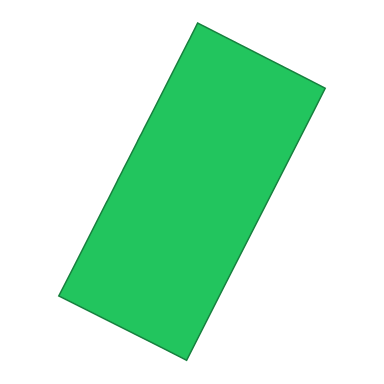 the district of Goshen, Wyoming, United States of America, rotated 207°
{"feature_id": "52423323B4869089026067", "entity_name": "Goshen", "entity_type": "district", "adm_level": 2, "iso_a3": "USA", "parent_name": "United States of America", "parent_adm1": "Wyoming", "projection": "robinson", "projection_center": [-104.151, 42.088], "detail": "fine", "context": "isolated", "style": "filled", "palette": "green", "viewbox_px": 384, "rotation_deg": 207, "n_neighbors": 0, "source": "geoboundaries", "source_scale": "gbopen_adm2", "svg_char_len": 646}
<svg xmlns="http://www.w3.org/2000/svg" viewBox="0 0 384 384"><g transform="rotate(207 192 192)"><path d="M120.3,319.2L120.4,344.9L134.8,345.0L244.9,345.1L263.7,345.1L263.6,336.9L263.6,330.7L263.5,328.0L263.6,323.5L263.6,321.5L263.6,306.0L263.6,295.7L263.5,251.2L263.5,245.2L263.5,242.6L263.6,225.6L263.5,224.8L263.5,219.3L263.6,219.2L263.6,218.1L263.6,217.2L263.6,213.0L263.5,211.4L263.5,195.8L263.5,191.7L263.6,181.2L263.5,178.6L263.5,177.6L263.6,169.0L263.5,168.0L263.4,144.7L263.5,144.7L263.5,142.2L263.4,71.6L263.5,39.2L263.5,38.9L149.8,39.6L120.4,39.6L120.5,120.8L120.3,319.2Z" fill="#22c55e" stroke="#15803d" stroke-width="1.5"/></g></svg>